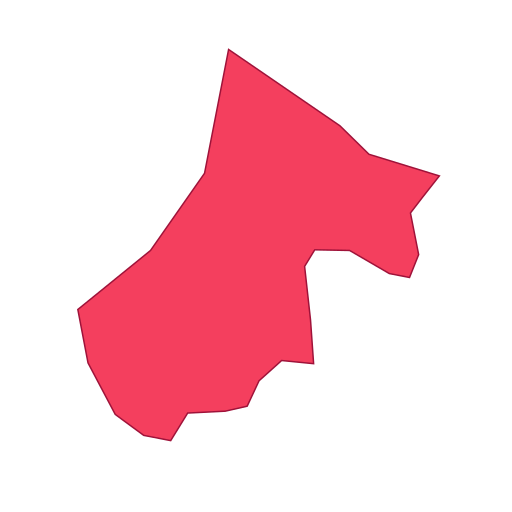 the state/province of Birżebbuġa, rotated 191°
{"feature_id": "MLT-5968", "entity_name": "Birżebbuġa", "entity_type": "state/province", "adm_level": 1, "iso_a3": "MLT", "parent_name": "Malta", "parent_adm1": "", "projection": "equal_earth", "projection_center": [14.516, 35.821], "detail": "fine", "context": "isolated", "style": "filled", "palette": "rose", "viewbox_px": 512, "rotation_deg": 191, "n_neighbors": 0, "source": "natural_earth", "source_scale": "10m", "svg_char_len": 488}
<svg xmlns="http://www.w3.org/2000/svg" viewBox="0 0 512 512"><g transform="rotate(191 256 256)"><path d="M420.7,169.5L360.6,241.3L322.3,327.4L322.3,453.5L198.4,399.8L164.5,377.4L91.3,369.6L103.5,345.9L112.6,327.7L96.6,288.4L101.2,264.2L121.8,264.2L165.2,279.3L199.5,273.3L206.3,255.1L190.3,203.7L178.9,161.3L210.9,158.3L229.2,134.1L236.0,106.9L256.6,97.8L293.1,88.8L304.5,58.5L332.0,58.5L363.9,73.6L400.5,119.0L420.7,169.5Z" fill="#f43f5e" stroke="#9f1239" stroke-width="1.5"/></g></svg>